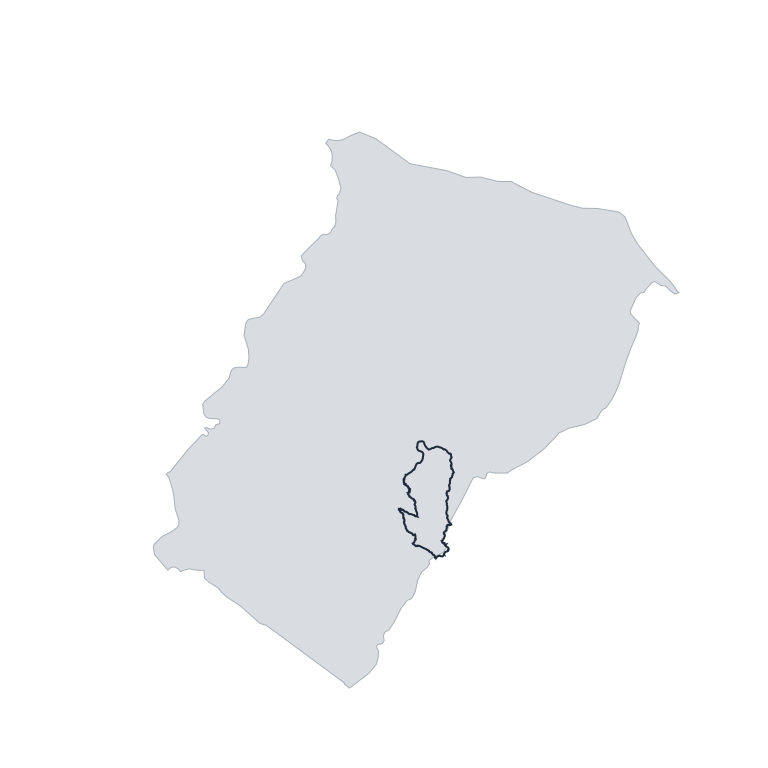 Bole, Northern, Ghana shown in context, rotated 217°
{"feature_id": "2480657B39398526932747", "entity_name": "Bole", "entity_type": "district", "adm_level": 2, "iso_a3": "GHA", "parent_name": "Ghana", "parent_adm1": "Northern", "projection": "orthographic", "projection_center": [-2.328, 8.691], "detail": "fine", "context": "in_parent", "style": "outline", "palette": "slate", "viewbox_px": 768, "rotation_deg": 217, "n_neighbors": 0, "source": "geoboundaries", "source_scale": "gbopen_adm2", "svg_char_len": 8556}
<svg xmlns="http://www.w3.org/2000/svg" viewBox="0 0 768 768"><g transform="rotate(217 384 384)"><path d="M464.5,109.6L470.0,114.8L471.2,117.8L469.3,129.1L465.4,137.0L462.9,144.4L463.2,148.1L465.7,151.8L474.1,157.5L478.4,161.3L483.4,167.0L489.3,172.5L499.2,179.7L503.5,181.0L503.3,183.0L501.9,185.8L501.2,212.9L500.5,219.9L499.8,223.5L499.0,233.6L498.0,235.1L496.1,235.0L494.4,235.3L493.9,237.4L494.7,239.4L500.7,240.9L499.4,242.4L494.9,243.8L492.9,246.9L493.8,250.3L491.4,253.2L492.1,255.0L493.7,256.4L496.2,255.9L503.2,251.2L506.1,250.6L509.7,251.6L516.5,258.6L516.8,262.1L514.2,274.1L511.6,283.3L511.2,295.6L514.1,302.5L513.7,306.3L510.7,309.6L503.8,314.4L504.3,317.6L507.5,323.6L513.4,330.3L524.9,338.5L531.0,349.3L531.2,353.8L527.7,358.2L523.6,362.1L522.3,367.6L524.4,403.9L515.5,419.8L515.4,424.3L516.4,429.5L518.8,432.6L523.4,433.5L527.2,436.5L526.0,447.6L524.0,458.9L523.7,464.3L522.6,467.0L519.1,469.1L517.8,472.7L518.7,477.1L518.1,480.3L520.0,484.5L524.2,489.7L530.9,502.7L533.4,503.7L534.6,506.4L533.9,509.1L536.5,514.8L543.9,520.5L551.7,525.5L558.0,526.1L559.5,530.6L563.7,536.3L566.7,538.8L571.4,540.4L575.4,541.2L575.6,546.1L568.6,549.4L563.8,554.5L560.2,562.1L555.2,570.5L537.9,575.0L531.2,575.1L495.6,575.6L462.2,592.2L443.0,598.2L431.2,607.5L415.3,614.1L404.2,622.2L381.1,626.1L343.2,638.8L331.4,643.7L319.4,652.5L299.9,662.7L292.2,662.6L276.9,653.1L265.4,648.3L237.3,640.9L216.4,638.1L206.2,634.9L203.4,634.4L205.8,630.9L211.7,630.7L217.8,631.8L222.5,629.2L229.3,628.8L231.1,626.1L231.7,619.2L231.6,613.6L234.0,611.1L234.6,604.5L231.2,590.0L228.9,588.3L216.6,586.2L215.7,583.3L213.5,580.3L211.2,572.8L208.5,561.6L204.3,547.7L196.1,524.9L194.1,516.8L192.7,508.6L192.4,498.7L194.1,495.1L193.9,490.0L193.1,484.9L198.9,473.3L210.3,459.1L212.7,454.0L214.8,450.4L215.1,445.3L217.1,428.7L222.6,408.6L226.0,401.1L228.3,397.0L231.1,390.3L231.8,387.2L242.2,379.3L247.0,377.2L248.1,374.1L246.4,370.7L247.1,368.4L249.6,367.3L253.5,366.3L256.3,363.1L251.9,338.4L248.4,313.7L248.2,311.6L246.0,308.2L244.0,298.0L240.5,292.0L235.6,290.3L235.6,284.7L240.5,275.2L241.8,269.6L239.5,268.0L239.1,263.6L240.8,256.6L240.0,252.3L239.1,247.8L234.0,236.9L232.8,229.3L235.4,224.8L235.3,215.1L232.6,200.0L232.1,190.4L234.0,186.5L233.1,182.7L229.4,179.1L229.2,175.6L232.3,172.2L231.9,169.6L228.0,167.6L224.5,163.0L221.4,155.6L222.0,143.8L228.0,122.2L228.7,120.3L235.3,120.5L235.4,121.4L256.1,121.2L279.8,121.0L308.1,120.7L333.8,120.4L334.9,119.4L339.2,118.2L365.2,120.3L381.4,119.2L388.3,119.9L393.3,121.3L404.5,120.4L410.5,120.9L415.1,126.3L416.9,126.2L419.4,123.9L423.9,121.3L428.4,119.2L431.7,114.9L433.6,111.7L436.6,112.4L440.8,112.1L443.7,109.4L444.7,105.3L464.5,109.6Z" fill="#d9dde1" stroke="#a8b0b8" stroke-width="1"/><path d="M238.6,275.9L238.4,276.0L238.2,276.2L238.2,276.5L237.9,277.2L237.6,276.8L237.6,277.1L237.4,277.2L237.7,277.2L237.7,277.5L237.8,277.4L237.7,278.0L236.8,279.8L236.4,280.3L235.9,280.6L235.6,280.7L235.3,280.5L234.2,281.1L233.4,281.5L233.2,281.8L233.2,282.2L232.8,282.3L233.2,282.3L233.4,283.1L233.7,283.7L233.8,284.2L233.5,284.2L233.8,284.4L234.0,286.6L233.7,287.3L232.6,288.6L232.4,288.9L232.5,289.5L232.6,289.4L232.7,289.8L232.8,289.7L233.3,290.3L233.4,291.4L234.4,292.0L237.2,291.8L238.2,292.0L238.4,292.2L237.9,292.7L237.9,293.2L238.3,292.7L239.1,292.4L239.4,292.5L239.3,292.8L239.5,292.9L240.1,292.6L240.6,292.6L240.6,292.8L240.8,292.6L242.0,292.5L242.8,292.9L243.1,293.6L243.5,293.6L243.2,295.6L243.8,299.1L244.3,299.8L245.9,300.3L246.6,301.0L246.8,301.9L246.4,303.7L246.2,304.9L246.7,305.5L247.6,307.5L248.2,307.9L248.1,308.1L248.5,309.0L248.4,309.7L246.4,311.0L245.7,312.1L246.7,312.8L247.9,312.6L248.7,312.7L249.0,312.9L249.4,312.8L250.8,314.0L252.5,314.9L252.9,315.1L253.1,315.0L253.4,315.4L253.4,316.0L253.7,316.3L253.7,316.9L254.6,317.5L255.7,317.7L256.8,318.7L257.7,320.6L257.8,321.6L258.1,322.1L258.6,322.4L259.0,323.4L259.9,324.5L260.6,324.8L261.3,325.5L261.8,326.4L262.6,326.9L262.8,327.2L263.9,328.0L263.9,328.9L263.7,329.7L264.1,331.3L264.5,331.9L265.2,332.2L265.5,332.8L265.7,332.7L266.8,333.0L267.3,333.5L267.9,334.3L268.2,334.2L269.0,335.9L268.9,336.4L268.2,337.1L268.1,337.7L267.9,337.7L268.0,339.0L268.4,339.9L269.2,340.4L269.3,340.8L269.5,341.1L269.9,341.4L270.8,341.7L271.3,342.9L271.3,343.3L271.5,344.1L271.8,344.9L272.4,345.4L273.2,346.4L273.3,347.3L274.0,347.8L274.2,348.1L273.8,349.0L273.9,349.7L273.6,350.4L274.2,351.4L274.4,352.8L275.2,353.5L275.1,355.0L274.9,355.3L275.0,355.5L276.1,355.8L278.1,357.2L279.1,356.8L279.6,357.2L280.0,358.3L280.4,358.5L281.0,358.5L281.3,358.8L281.8,359.5L281.8,360.0L281.5,360.2L282.2,361.1L283.3,361.9L284.7,362.3L285.4,362.9L285.7,364.6L285.6,365.3L285.9,366.2L286.6,366.3L286.9,366.8L287.8,367.5L288.1,368.0L288.8,368.4L289.4,368.2L289.4,367.9L289.7,367.6L290.6,367.6L292.6,367.9L294.1,368.5L295.3,368.4L296.0,368.4L297.2,368.0L297.2,367.7L299.4,367.7L300.5,367.4L301.6,366.8L303.1,366.5L304.6,365.3L305.6,363.7L305.6,363.2L305.9,362.7L306.4,362.4L307.3,361.3L307.8,359.8L308.9,358.5L311.2,358.7L313.9,359.4L315.9,360.6L317.1,361.5L318.3,361.5L319.4,361.1L320.2,360.1L320.8,359.6L321.6,358.5L321.6,357.7L321.5,356.9L319.9,354.3L319.6,353.1L318.6,352.6L317.8,351.9L316.8,351.7L315.6,351.7L314.5,352.2L313.1,352.6L312.2,352.6L310.9,352.2L309.9,351.0L307.7,346.6L307.6,343.1L308.1,342.3L309.0,341.7L309.6,340.8L309.9,339.5L308.8,335.7L308.7,334.4L308.5,334.2L308.8,333.7L308.8,333.2L308.7,333.1L309.0,332.8L309.3,330.3L310.7,326.8L310.8,326.0L311.1,325.4L312.1,324.5L311.8,324.1L311.4,323.8L311.3,322.6L311.2,321.4L311.0,320.8L310.8,320.7L311.0,320.4L310.8,320.1L310.6,320.0L310.6,319.8L310.4,319.7L310.6,319.5L310.4,319.4L310.5,319.1L310.3,318.8L310.1,318.8L309.7,318.2L308.9,317.9L308.9,317.7L309.0,317.6L308.9,317.5L309.0,317.4L308.7,317.1L308.4,317.0L308.3,316.8L307.8,316.6L307.7,316.4L307.5,316.6L307.3,316.3L306.8,316.3L306.6,316.6L306.3,316.4L306.2,316.7L306.0,316.4L305.5,316.5L305.5,316.2L305.3,316.2L304.6,316.6L304.0,316.6L303.6,316.4L303.4,316.6L303.1,316.6L302.9,316.5L303.0,316.4L302.9,316.6L302.7,316.5L302.9,316.3L302.7,316.1L302.5,315.9L302.2,315.7L301.7,315.7L301.3,315.8L301.0,315.5L300.9,315.6L300.9,315.8L300.2,315.8L300.2,315.2L299.8,315.1L299.4,314.4L299.2,314.6L299.1,314.4L299.0,314.1L299.2,313.9L298.9,313.5L298.9,313.0L299.0,313.0L298.8,312.8L299.1,312.7L299.0,312.4L299.1,312.2L298.7,312.4L298.8,311.7L298.6,311.2L298.4,310.9L298.5,310.5L296.3,309.9L296.2,309.5L295.9,309.3L295.5,309.4L295.1,309.4L294.8,309.6L293.0,309.4L290.5,309.9L290.3,309.8L290.1,309.1L289.5,308.8L288.7,309.2L287.4,308.1L287.5,307.6L287.2,306.8L287.2,306.3L285.1,305.2L284.1,303.8L284.1,303.3L283.3,303.2L282.5,302.4L281.6,301.7L280.8,301.5L280.1,301.0L279.1,300.0L278.1,298.4L277.6,298.2L278.2,298.0L279.0,297.4L279.8,297.1L280.2,297.2L280.5,297.5L280.9,297.5L281.9,296.9L283.5,296.6L284.8,296.0L285.2,295.5L286.3,295.2L286.5,295.3L286.7,295.2L287.0,295.4L287.7,295.6L288.3,295.4L288.6,295.3L288.9,295.4L289.2,295.2L289.8,295.2L290.0,295.0L290.4,294.7L290.7,294.6L291.3,294.6L292.2,295.0L292.7,294.9L292.9,295.0L293.3,294.8L293.6,294.8L293.8,294.2L294.2,294.2L294.3,294.1L294.8,294.0L295.1,294.3L295.8,294.5L296.0,294.2L296.0,293.9L296.4,293.6L296.3,293.4L296.8,293.2L296.7,293.1L296.9,293.0L296.8,292.8L296.7,292.8L296.1,292.4L295.5,292.8L294.7,292.1L294.4,292.1L294.3,291.8L294.1,291.8L293.8,291.6L293.4,291.7L293.0,291.5L292.0,291.9L291.2,291.6L290.8,291.6L290.8,291.8L290.5,291.7L290.4,291.4L289.6,291.2L289.2,290.1L288.5,289.3L288.2,289.3L288.0,288.6L287.8,288.5L287.5,288.7L287.2,288.3L286.7,288.4L285.6,287.5L285.6,287.3L285.3,287.0L285.1,286.6L285.2,286.4L284.9,285.9L285.0,285.7L284.7,285.3L284.0,285.1L283.9,285.0L284.1,284.9L283.6,284.5L282.9,284.2L282.2,284.1L281.9,283.6L281.1,283.3L280.6,282.8L280.4,282.9L279.9,281.9L278.9,281.7L278.0,281.2L277.5,281.0L277.5,280.8L277.1,280.6L276.6,280.9L275.3,280.6L274.7,280.9L274.3,280.8L274.1,281.0L273.9,280.9L272.9,281.3L272.3,281.3L272.0,281.5L271.4,281.5L271.2,281.6L270.8,281.4L270.2,280.8L269.7,280.8L269.0,281.4L268.6,282.1L268.6,282.4L268.0,282.1L267.2,281.3L266.5,280.3L266.2,279.5L265.6,279.5L265.1,279.2L265.0,278.7L265.4,277.7L264.6,276.0L265.1,273.8L264.9,273.7L264.2,273.9L260.9,273.7L260.4,274.6L260.0,274.5L259.4,274.9L259.3,275.2L259.5,275.4L258.3,276.0L252.7,277.0L250.8,277.6L250.0,277.4L248.8,277.8L247.9,277.6L247.6,277.9L247.2,277.8L246.7,277.4L246.1,277.5L245.7,277.5L245.1,278.0L244.3,278.1L244.1,277.8L243.7,277.6L243.3,277.4L242.8,277.4L242.2,277.1L241.0,277.5L240.6,277.3L240.1,277.3L239.7,276.8L239.3,276.6L239.0,276.1L238.6,275.9Z" fill="none" stroke="#1e293b" stroke-width="2"/></g></svg>